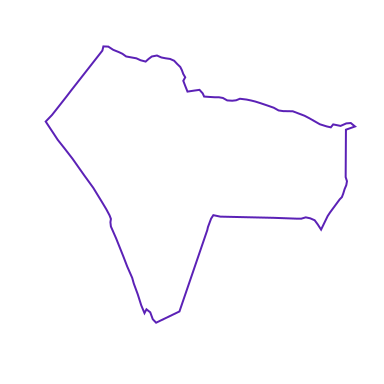 outline of Pacatuba, Sergipe, Brazil, rotated 97°
{"feature_id": "56859067B28654461214030", "entity_name": "Pacatuba", "entity_type": "district", "adm_level": 2, "iso_a3": "BRA", "parent_name": "Brazil", "parent_adm1": "Sergipe", "projection": "equal_earth", "projection_center": [-36.665, -10.515], "detail": "fine", "context": "isolated", "style": "outline", "palette": "violet", "viewbox_px": 384, "rotation_deg": 97, "n_neighbors": 0, "source": "geoboundaries", "source_scale": "gbopen_adm2", "svg_char_len": 1425}
<svg xmlns="http://www.w3.org/2000/svg" viewBox="0 0 384 384"><g transform="rotate(97 192 192)"><path d="M228.0,172.2L224.9,171.9L216.1,169.8L212.4,168.0L213.0,160.9L207.7,108.0L207.1,101.1L205.7,84.8L205.2,80.4L203.3,76.0L203.7,71.5L205.1,66.8L208.8,63.3L213.6,59.3L199.3,54.4L195.3,52.4L181.3,44.5L178.8,42.6L175.2,41.7L170.6,40.9L166.4,39.7L162.4,39.5L158.5,41.3L111.4,46.8L107.1,38.2L104.2,42.8L105.1,47.2L108.3,52.6L107.7,60.1L110.9,62.1L110.5,66.2L109.2,73.3L104.4,84.8L102.6,89.6L99.6,101.8L100.6,111.4L100.5,116.0L98.4,121.1L97.0,127.5L95.5,134.8L94.5,140.2L94.0,144.3L93.6,149.1L93.6,155.8L95.6,159.4L96.5,163.2L96.8,168.2L94.9,172.8L94.7,176.7L95.2,181.1L95.5,185.9L95.8,191.6L92.8,193.4L89.7,197.0L91.3,203.0L92.9,208.7L87.8,211.5L82.7,214.2L79.0,212.7L76.0,215.0L72.3,216.9L69.3,218.9L66.9,222.1L63.9,225.7L62.6,230.0L62.5,234.6L62.2,238.8L60.8,243.4L62.4,248.4L65.2,251.3L68.2,253.9L67.5,259.1L66.1,263.5L65.8,268.7L65.5,273.9L63.3,277.9L62.1,281.5L60.5,287.5L57.9,292.8L58.3,297.7L62.6,298.2L105.9,324.3L112.4,328.1L127.3,337.1L132.7,340.4L139.9,345.8L156.6,331.6L164.5,323.6L173.7,314.5L188.4,301.2L199.9,290.5L212.6,280.4L219.5,275.0L225.2,271.0L228.6,269.2L231.9,269.3L236.1,268.3L247.4,261.6L264.5,252.2L273.9,247.2L284.5,240.9L290.0,238.6L300.1,233.4L310.6,228.6L318.0,224.4L314.0,222.9L316.5,218.8L323.1,215.4L326.1,211.7L312.1,189.9L228.0,172.2Z" fill="none" stroke="#5b21b6" stroke-width="2"/></g></svg>